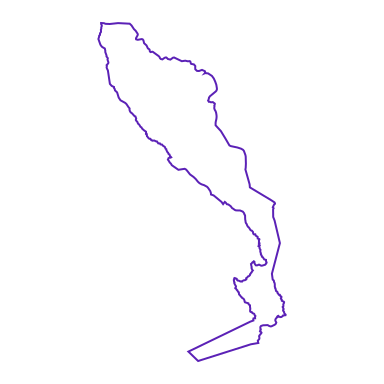 outline of Akrahreppur, Norðurland vestra, Iceland
{"feature_id": "244011B74034306834774", "entity_name": "Akrahreppur", "entity_type": "district", "adm_level": 2, "iso_a3": "ISL", "parent_name": "Iceland", "parent_adm1": "Norðurland vestra", "projection": "orthographic", "projection_center": [-18.727, 65.238], "detail": "fine", "context": "isolated", "style": "outline", "palette": "violet", "viewbox_px": 384, "rotation_deg": 0, "n_neighbors": 0, "source": "geoboundaries", "source_scale": "gbopen_adm2", "svg_char_len": 6006}
<svg xmlns="http://www.w3.org/2000/svg" viewBox="0 0 384 384"><path d="M188.4,351.6L198.1,361.0L250.8,344.3L258.3,343.0L257.8,340.7L259.2,339.1L259.4,338.4L259.3,336.8L259.1,336.4L259.3,335.6L261.3,333.2L261.5,332.7L261.0,332.0L260.1,331.5L260.5,330.8L260.2,330.2L260.8,329.3L260.3,328.1L260.4,326.9L261.0,326.0L263.0,325.3L267.7,325.1L269.0,325.9L270.4,326.4L271.5,326.3L274.8,324.7L275.8,323.8L276.3,322.5L275.5,321.0L275.3,320.2L275.5,319.2L276.6,317.7L277.4,317.2L277.2,316.7L277.7,316.1L278.2,315.9L278.6,316.7L279.5,316.7L280.1,317.1L281.3,317.0L282.7,316.1L283.0,315.5L285.5,315.2L285.6,314.6L284.5,313.5L284.1,312.6L284.1,312.0L283.1,310.7L283.1,310.1L283.5,309.7L283.3,309.3L283.5,308.5L282.8,307.5L282.7,306.9L283.2,306.6L283.4,306.0L283.3,304.3L284.0,302.9L284.1,302.1L283.8,301.7L281.8,300.8L281.7,300.3L281.8,300.0L281.7,299.5L281.0,298.9L280.8,298.3L281.5,297.0L281.3,296.6L280.3,296.0L280.2,295.5L279.9,294.9L279.2,295.0L278.7,294.6L278.2,293.6L277.7,293.3L277.3,291.8L276.0,290.9L275.5,288.5L275.2,288.3L275.1,287.4L274.8,286.8L274.8,284.3L274.6,283.1L274.0,281.9L273.9,280.8L273.6,280.3L272.7,279.6L271.9,273.7L272.1,273.0L279.9,243.1L274.6,220.6L273.2,217.0L273.1,209.2L273.6,208.3L273.5,208.0L272.8,207.3L273.9,204.9L274.4,204.1L274.9,203.9L275.0,203.4L274.5,202.4L271.2,200.2L249.9,187.4L249.6,184.3L245.4,169.4L245.7,167.9L245.9,163.7L245.7,156.5L245.4,155.0L243.9,150.9L243.0,149.8L241.1,148.7L237.4,147.5L230.8,146.1L229.4,145.4L225.4,138.5L220.9,131.1L215.6,125.3L215.6,122.8L215.8,121.5L216.4,118.9L216.6,116.9L216.5,115.1L216.1,112.7L215.6,111.2L214.8,109.9L214.3,108.5L214.3,107.1L214.5,106.2L214.3,105.6L214.7,104.7L214.8,103.6L212.8,102.1L211.0,102.3L209.4,101.7L208.9,101.8L208.1,100.6L208.4,100.1L208.6,99.3L208.9,98.4L209.0,97.6L210.0,96.2L215.7,91.5L216.4,90.7L216.9,89.4L216.9,88.3L216.3,84.7L215.2,81.6L213.8,78.5L211.9,75.9L208.1,73.4L206.1,73.2L205.7,72.9L204.7,73.3L205.1,72.8L205.0,72.5L205.1,71.7L204.9,71.2L202.0,69.9L199.0,71.0L197.0,70.9L195.3,69.3L195.2,67.8L195.3,66.1L195.2,65.9L193.9,64.4L191.2,63.9L190.9,63.6L190.3,61.5L189.7,61.1L187.9,61.3L185.3,60.7L181.8,61.2L174.1,57.5L173.0,57.7L170.4,59.6L167.9,59.0L166.6,57.7L166.0,57.4L164.6,57.8L162.4,59.4L160.8,59.0L160.0,58.2L159.5,57.0L158.8,56.2L152.9,51.9L152.3,51.7L150.7,52.1L150.0,51.6L149.8,51.2L149.6,49.8L149.3,49.3L147.9,48.4L146.5,45.4L144.1,43.2L143.4,40.3L142.6,39.3L141.6,39.1L137.8,39.8L136.2,39.4L136.0,39.1L136.0,38.2L137.6,35.3L137.8,34.4L137.6,33.7L135.6,30.7L134.0,29.2L131.5,25.4L129.7,23.7L118.1,23.1L109.7,24.0L105.4,23.8L104.0,23.2L101.1,23.0L101.1,24.0L101.8,25.4L101.7,26.4L101.3,27.2L101.3,28.7L100.9,29.6L101.0,31.5L100.9,32.2L100.0,33.3L100.0,34.9L99.2,35.6L99.0,37.1L98.4,39.0L100.4,44.7L101.3,46.0L102.2,47.0L104.8,48.5L105.3,50.7L105.3,52.1L106.5,55.4L106.5,56.5L107.7,58.0L107.8,58.5L107.5,59.5L107.9,60.9L108.3,62.0L108.4,62.8L108.1,63.5L106.6,65.1L106.6,65.3L106.9,65.9L106.6,67.3L106.9,68.4L107.9,70.5L109.9,83.9L111.7,85.9L114.0,87.0L114.0,88.0L114.7,89.0L115.0,90.4L117.1,92.4L118.7,97.6L120.5,100.3L125.2,102.9L126.4,104.0L128.6,107.3L129.5,108.3L129.6,108.5L129.5,109.8L129.9,111.1L130.7,112.4L132.0,113.3L134.6,116.2L135.4,116.4L136.2,118.6L135.9,119.4L135.8,119.9L136.3,120.8L137.3,121.8L138.0,123.6L139.2,124.6L140.5,126.8L141.5,127.4L142.1,128.6L144.1,130.4L146.0,131.7L146.1,132.6L145.9,133.9L146.1,134.2L146.8,134.2L147.0,136.3L147.5,136.7L148.4,138.0L149.4,138.8L150.4,138.8L151.2,140.1L151.9,140.2L152.3,140.7L154.2,140.5L156.1,141.4L156.9,141.4L158.3,143.4L159.9,143.4L160.5,144.4L162.1,144.6L162.8,145.6L164.8,146.9L165.6,148.8L166.3,149.2L166.4,150.1L167.4,152.1L168.1,152.7L168.5,153.9L169.5,154.5L169.9,155.8L171.2,157.3L170.5,157.7L169.6,157.5L168.4,158.3L168.3,158.9L167.9,159.6L169.4,161.8L169.6,162.4L170.9,163.6L171.8,165.2L178.4,169.8L184.7,168.8L186.0,169.5L187.1,170.7L190.0,174.4L193.6,177.0L195.8,179.1L197.8,181.6L199.4,183.1L201.5,184.3L204.2,185.2L207.1,186.8L208.1,187.9L210.3,191.2L210.9,193.1L211.0,194.5L213.6,195.4L221.5,201.9L223.1,204.1L224.8,201.9L225.7,202.6L226.9,204.2L228.4,204.5L230.7,206.2L232.1,208.1L233.3,208.8L234.7,209.9L236.0,210.4L240.1,210.5L242.8,211.6L244.2,213.4L244.4,214.5L245.0,215.2L245.1,215.8L245.1,217.2L245.2,219.5L245.5,220.9L245.6,222.1L246.0,223.2L246.7,224.1L247.1,225.3L247.9,226.7L248.9,227.5L250.6,230.2L251.9,230.7L253.0,232.0L253.2,233.5L253.5,234.0L254.0,234.4L255.3,234.3L255.7,235.6L257.6,236.8L257.7,238.5L259.3,239.1L259.4,239.5L258.9,240.4L259.0,241.4L258.9,242.3L259.5,243.1L258.9,243.6L258.8,244.1L259.8,245.3L259.6,245.7L258.8,245.8L258.5,246.1L259.3,246.8L259.6,247.7L259.6,248.5L260.5,249.9L260.2,251.0L260.3,251.4L260.6,252.8L260.9,253.2L260.9,254.6L261.7,255.5L261.9,256.7L262.9,257.3L264.2,259.4L266.0,259.9L266.0,261.1L266.6,262.4L266.6,262.8L265.9,263.4L265.9,263.9L265.2,264.7L262.3,265.6L261.2,265.7L259.0,264.6L257.3,265.3L256.0,265.4L255.8,265.3L255.0,264.2L254.3,262.9L254.3,262.5L254.5,262.2L254.4,261.7L253.8,261.3L253.1,262.0L252.6,262.2L252.4,262.6L251.8,263.1L251.5,263.7L251.0,264.0L251.3,265.7L251.7,267.1L251.5,267.8L251.8,268.9L252.8,270.5L252.4,270.7L251.6,272.4L251.2,272.6L250.4,274.0L250.0,274.3L250.0,275.0L249.4,275.7L248.8,276.2L247.9,276.5L247.2,277.5L246.2,278.1L246.1,278.3L246.4,279.2L246.3,279.4L244.9,280.2L243.5,280.4L242.1,281.2L241.9,281.6L240.9,281.3L240.4,281.5L238.6,280.6L237.6,280.5L236.8,279.6L236.7,278.8L234.7,278.0L234.2,278.3L234.2,279.5L233.8,280.0L234.2,282.2L234.5,282.4L234.3,283.2L234.9,284.5L236.0,286.3L235.8,287.3L235.4,287.7L235.3,288.3L236.1,288.8L236.8,290.0L237.3,290.2L237.9,291.6L238.8,292.3L239.0,294.1L239.3,294.7L239.9,295.1L240.9,296.6L241.7,297.2L242.2,298.0L243.5,298.7L244.2,299.8L244.6,301.0L244.6,301.6L245.0,302.3L248.4,303.3L248.7,304.4L250.0,305.3L250.0,306.8L250.3,308.7L250.1,310.2L250.2,311.5L250.6,311.9L251.8,312.1L252.5,313.2L253.6,313.5L254.2,313.9L254.9,315.6L255.4,316.0L255.0,317.2L255.1,318.3L253.5,318.4L253.2,319.6L253.4,320.5L250.4,321.6L188.4,351.6Z" fill="none" stroke="#5b21b6" stroke-width="2"/></svg>